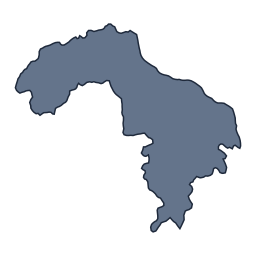 outline of Tumiritinga, Minas Gerais, Brazil
{"feature_id": "56859067B90264149101668", "entity_name": "Tumiritinga", "entity_type": "district", "adm_level": 2, "iso_a3": "BRA", "parent_name": "Brazil", "parent_adm1": "Minas Gerais", "projection": "equal_earth", "projection_center": [-41.714, -19.039], "detail": "fine", "context": "isolated", "style": "filled", "palette": "slate", "viewbox_px": 256, "rotation_deg": 0, "n_neighbors": 0, "source": "geoboundaries", "source_scale": "gbopen_adm2", "svg_char_len": 4256}
<svg xmlns="http://www.w3.org/2000/svg" viewBox="0 0 256 256"><path d="M15.4,87.8L16.6,90.4L18.1,91.9L19.9,93.1L21.9,92.3L24.3,91.7L25.9,90.9L28.0,90.5L29.8,90.4L31.4,92.3L31.9,94.6L32.6,97.1L30.9,99.5L29.7,102.5L30.7,105.5L30.9,108.2L32.4,110.6L34.1,112.4L36.1,113.7L38.1,113.4L40.0,115.3L42.2,113.7L43.7,112.7L47.1,112.5L49.0,112.1L51.0,112.3L52.6,113.9L54.2,114.2L54.9,111.1L55.5,108.4L57.5,107.1L59.1,106.6L61.2,105.4L63.6,103.3L65.5,102.3L66.8,100.7L68.1,97.0L69.6,94.2L69.7,91.0L72.0,90.1L74.0,89.6L75.6,88.9L76.8,87.3L77.4,85.2L78.6,83.3L80.2,84.7L82.3,85.6L84.4,84.4L86.8,82.4L89.6,81.8L91.8,82.3L93.9,81.7L95.8,82.4L98.7,82.8L101.0,83.6L102.8,83.1L104.3,81.9L106.6,80.5L109.3,80.8L110.1,83.6L111.1,86.5L112.1,88.4L113.4,91.0L114.8,93.0L116.2,94.5L118.1,96.0L119.7,97.3L121.4,98.7L121.7,101.6L122.1,104.0L122.1,106.6L122.3,109.8L121.9,112.5L122.3,114.6L123.5,116.9L123.5,120.1L123.1,123.2L123.3,125.8L123.8,128.7L123.0,132.5L124.1,134.7L126.4,135.4L128.2,135.5L130.7,135.3L133.1,135.5L135.7,134.7L137.8,134.2L140.3,133.9L142.9,133.3L144.7,133.2L146.6,135.5L148.6,137.6L150.4,138.1L152.6,139.7L153.0,143.1L151.4,144.2L149.3,145.0L147.3,145.9L145.3,146.9L143.5,146.9L142.7,150.2L141.4,153.0L142.7,154.8L144.2,156.0L145.9,156.3L148.4,154.9L149.1,158.1L149.0,160.6L148.6,162.9L146.3,163.4L144.2,164.1L142.7,165.8L141.6,168.4L143.2,169.8L145.0,170.7L145.4,172.9L143.9,175.1L143.5,177.4L144.6,179.0L146.3,179.5L147.8,181.8L148.1,184.9L148.4,188.0L149.7,189.9L151.5,190.6L153.2,191.7L155.4,193.8L156.9,196.1L158.4,197.4L160.5,198.1L161.9,200.3L163.8,203.1L163.8,205.5L162.0,206.7L159.7,207.5L158.0,208.2L157.2,210.2L157.5,213.2L157.8,215.9L157.8,218.7L156.5,220.7L155.0,221.5L153.4,222.6L151.6,224.4L150.7,227.2L151.2,230.5L153.1,231.9L155.8,231.0L157.2,229.0L158.3,227.2L159.8,225.3L161.3,222.7L163.8,221.8L166.0,221.1L168.3,219.2L170.1,217.6L171.9,219.7L173.6,221.5L175.7,222.9L177.8,226.0L179.9,228.7L181.2,226.1L182.8,222.7L184.1,219.8L184.0,217.5L183.8,215.3L185.3,211.0L187.0,210.2L189.0,209.6L191.5,207.9L192.3,204.1L190.6,201.6L189.2,199.1L188.3,196.1L190.4,193.8L192.0,191.7L192.6,189.1L191.7,186.5L189.5,184.6L190.6,182.6L192.9,181.9L193.7,179.8L194.9,178.6L196.7,176.5L198.4,177.2L200.1,177.8L201.7,177.6L203.7,177.1L205.5,175.9L207.8,176.1L210.4,175.3L212.2,173.9L213.0,171.5L213.6,168.6L215.3,167.7L217.3,168.5L218.8,170.3L220.0,172.5L222.1,173.3L223.7,173.2L225.3,172.8L226.0,170.4L226.6,167.4L225.4,164.0L224.2,161.3L223.1,159.0L225.1,158.6L226.5,155.9L224.4,153.2L222.4,151.7L220.5,150.3L218.5,149.4L218.4,146.6L219.4,144.9L220.9,144.0L222.7,144.2L224.2,145.5L225.8,147.0L227.6,148.1L229.6,147.3L232.3,148.8L233.5,146.0L235.1,145.2L236.6,146.3L238.0,147.4L239.8,148.3L240.6,146.0L240.5,143.1L240.1,140.3L239.2,137.1L237.8,134.4L236.7,131.7L236.0,129.1L236.6,125.8L235.5,123.4L235.3,120.4L235.2,118.0L234.6,115.6L233.6,112.0L232.5,108.9L230.4,107.2L228.9,106.2L227.4,105.3L225.7,104.3L224.1,103.3L221.3,103.0L217.7,103.0L215.6,102.1L213.9,100.8L211.7,98.4L209.2,97.3L207.4,96.4L205.5,94.9L204.3,93.5L203.4,91.5L202.4,89.5L201.4,87.8L199.6,86.2L197.5,84.7L195.5,83.2L193.5,82.0L191.2,80.8L188.9,80.2L187.1,80.1L184.9,80.3L182.8,80.3L181.1,80.0L179.2,79.4L177.5,79.6L175.1,79.3L172.8,78.7L170.8,77.3L168.5,75.9L166.3,75.3L164.2,74.9L161.8,74.1L159.4,72.8L157.5,70.6L156.4,68.4L154.4,66.9L152.4,65.9L150.5,64.7L148.1,63.1L145.5,61.2L144.2,60.1L142.4,58.0L141.0,55.5L140.2,52.8L139.9,50.8L139.2,48.0L138.6,45.0L138.2,42.9L137.9,40.8L137.4,38.2L136.6,34.5L133.9,32.9L131.8,31.6L130.1,30.5L128.2,32.0L125.8,31.7L123.3,32.6L121.1,33.3L118.9,32.8L116.8,31.6L115.7,29.1L114.7,26.8L112.7,25.9L110.8,24.1L108.5,24.1L107.1,25.6L105.3,26.3L104.1,28.4L102.6,29.4L100.8,29.8L98.7,30.1L96.7,30.8L93.9,31.5L91.1,30.4L88.5,30.5L86.7,32.8L86.9,35.4L84.9,37.8L82.7,38.0L81.3,36.7L79.7,35.7L78.6,38.2L77.1,38.6L75.8,37.0L73.8,37.9L71.6,39.4L70.3,40.5L69.0,41.9L66.8,43.4L64.2,45.0L62.0,45.1L60.6,44.2L59.5,42.4L57.8,42.3L55.5,42.6L52.9,43.6L50.3,45.0L47.9,45.8L45.8,46.3L44.1,47.1L42.6,48.1L40.5,49.0L39.2,51.6L39.2,54.9L38.3,58.5L36.3,60.2L34.8,61.2L33.0,61.2L30.9,62.0L29.8,63.7L28.4,65.3L27.5,66.9L26.6,68.7L25.0,69.3L23.6,70.7L22.6,72.4L20.7,73.9L19.5,76.8L18.0,78.8L17.4,81.0L16.3,84.4L15.4,87.8Z" fill="#64748b" stroke="#1e293b" stroke-width="1.5"/></svg>